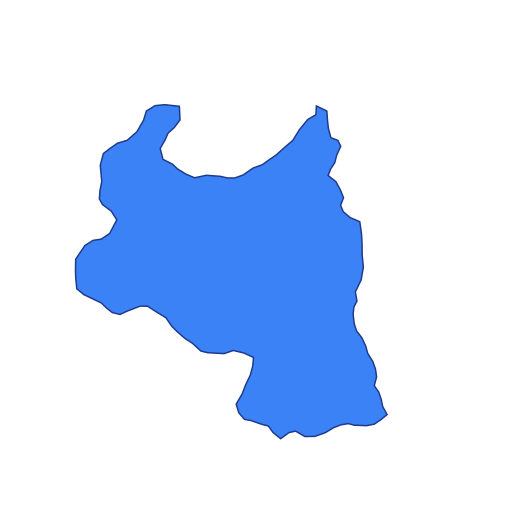 outline of Ariranha, São Paulo, Brazil, rotated 21°
{"feature_id": "56859067B77779450853304", "entity_name": "Ariranha", "entity_type": "district", "adm_level": 2, "iso_a3": "BRA", "parent_name": "Brazil", "parent_adm1": "São Paulo", "projection": "mercator", "projection_center": [-48.779, -21.178], "detail": "fine", "context": "isolated", "style": "filled", "palette": "blue", "viewbox_px": 512, "rotation_deg": 21, "n_neighbors": 0, "source": "geoboundaries", "source_scale": "gbopen_adm2", "svg_char_len": 1786}
<svg xmlns="http://www.w3.org/2000/svg" viewBox="0 0 512 512"><g transform="rotate(21 256 256)"><path d="M360.3,228.1L354.8,217.1L350.5,206.3L346.5,197.4L340.6,186.8L330.1,186.4L321.6,183.4L316.8,178.4L316.8,170.2L311.3,164.3L304.0,158.0L294.5,155.0L294.5,147.9L296.1,140.7L295.2,133.0L295.8,123.3L291.0,118.7L283.5,118.7L277.9,111.0L274.3,104.1L270.2,95.3L258.6,94.3L261.3,102.6L255.4,110.0L251.3,122.4L248.9,135.0L243.5,144.9L238.6,154.5L233.9,161.3L229.1,168.6L221.8,174.9L215.0,184.9L208.2,190.8L201.2,193.4L194.2,194.4L180.8,198.4L170.6,205.0L161.2,204.7L151.3,202.8L145.2,200.2L134.5,199.1L128.0,189.9L129.5,180.5L129.9,172.8L133.6,165.5L136.3,156.2L130.8,143.7L116.4,147.5L107.9,151.8L101.7,159.9L102.4,169.5L100.3,182.7L94.3,194.1L86.2,200.4L81.4,207.5L76.8,215.0L78.1,227.1L85.3,241.7L86.9,250.9L89.3,258.8L94.3,263.0L104.8,266.0L113.1,272.2L111.3,287.4L105.5,295.7L98.3,299.8L92.5,307.5L88.8,323.6L92.8,334.6L95.5,340.9L100.4,350.8L109.3,353.8L118.8,354.5L128.7,355.3L135.2,358.2L142.1,360.3L150.0,359.3L155.1,354.0L165.8,344.3L172.8,341.7L181.1,343.5L194.2,346.0L202.7,351.9L209.6,354.9L219.5,358.5L228.1,360.3L238.6,364.5L245.5,363.6L253.4,361.1L261.3,358.5L268.7,352.3L279.4,350.9L290.0,351.6L292.4,359.9L293.4,369.2L292.5,379.8L292.5,389.8L290.6,401.4L296.2,408.6L303.7,412.6L310.6,411.4L321.2,411.1L328.4,410.3L335.2,414.7L344.5,417.7L350.0,409.1L355.7,405.3L366.4,407.0L375.6,403.3L384.1,396.0L390.0,388.4L395.9,383.1L402.3,379.4L408.5,378.7L420.0,374.8L426.7,370.6L431.1,364.3L435.2,357.1L428.3,351.2L424.2,344.9L419.3,339.0L412.9,334.7L411.9,325.6L408.1,318.8L402.7,312.5L395.1,306.8L390.9,301.0L384.1,294.4L376.7,289.9L371.9,283.9L367.5,275.5L365.7,268.6L366.4,261.9L361.6,253.9L362.7,240.7L360.3,228.1Z" fill="#3b82f6" stroke="#1e3a8a" stroke-width="1.5"/></g></svg>